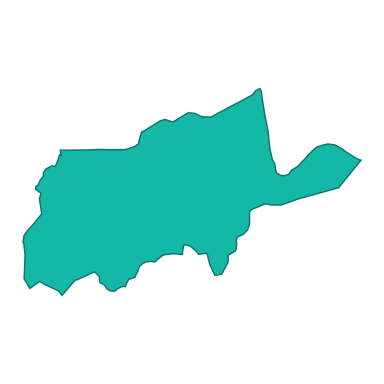 outline of Ijebu North, Ogun, Nigeria
{"feature_id": "59680162B7511527862302", "entity_name": "Ijebu North", "entity_type": "district", "adm_level": 2, "iso_a3": "NGA", "parent_name": "Nigeria", "parent_adm1": "Ogun", "projection": "natural_earth1", "projection_center": [4.04, 7.021], "detail": "fine", "context": "isolated", "style": "filled", "palette": "teal", "viewbox_px": 384, "rotation_deg": 0, "n_neighbors": 0, "source": "geoboundaries", "source_scale": "gbopen_adm2", "svg_char_len": 2112}
<svg xmlns="http://www.w3.org/2000/svg" viewBox="0 0 384 384"><path d="M213.0,116.0L211.1,117.1L208.3,117.0L201.8,116.8L195.2,113.5L188.3,112.7L177.3,119.4L172.8,122.0L169.1,120.9L164.9,119.4L161.0,120.7L160.2,120.9L148.9,127.9L148.7,128.0L144.1,131.0L141.6,132.0L140.0,137.4L139.2,139.9L138.5,143.8L134.5,146.6L131.3,147.7L126.1,149.5L114.4,149.7L112.8,149.7L97.8,149.5L88.5,150.0L60.2,150.2L61.2,155.6L59.5,154.9L57.8,161.0L57.2,162.1L55.2,166.6L52.1,165.8L46.1,168.9L44.8,170.6L43.4,172.8L43.4,176.1L40.4,179.8L38.0,185.1L36.2,186.1L35.4,189.1L40.9,193.2L39.5,198.9L40.0,202.9L41.8,213.7L36.1,220.8L31.6,226.2L28.6,229.3L24.0,235.7L23.0,242.6L23.8,243.3L25.1,255.1L24.1,278.8L29.8,288.4L39.7,281.4L45.5,284.8L58.7,291.0L62.0,295.4L75.2,280.0L77.3,279.7L84.8,276.3L87.0,275.2L93.3,272.4L94.9,272.0L99.1,276.3L99.9,282.5L104.6,285.0L107.2,289.2L110.2,290.8L114.5,291.2L118.6,288.1L121.5,286.7L125.3,286.5L126.8,282.9L128.6,279.4L134.7,277.4L137.8,271.1L139.5,266.4L143.3,263.1L145.9,261.9L150.7,261.3L155.0,261.9L156.9,260.0L162.1,255.8L163.8,254.8L172.9,253.7L182.4,254.4L182.6,251.5L183.7,245.4L185.7,244.5L190.2,246.1L196.5,251.5L198.6,254.2L207.0,253.3L209.9,264.7L214.8,275.2L217.2,275.1L221.9,273.9L228.1,262.1L228.2,255.2L235.4,251.0L236.2,248.5L236.7,243.1L236.3,240.0L237.3,237.0L243.2,234.4L247.2,230.3L248.9,226.6L249.6,222.6L249.5,211.9L251.8,209.4L265.3,203.8L271.3,205.0L281.1,205.0L298.4,198.8L338.6,187.7L361.0,160.2L359.8,159.9L356.1,158.3L345.0,151.2L342.7,149.3L335.0,145.0L334.7,145.0L334.6,144.9L331.6,144.5L328.9,144.1L327.2,144.1L324.5,144.8L322.2,145.3L320.1,146.1L317.8,146.5L315.7,148.0L313.7,149.6L310.6,152.7L308.6,154.6L307.2,156.2L305.5,158.1L303.8,160.1L301.4,162.4L299.0,165.2L297.3,166.7L294.0,168.7L291.6,170.2L288.9,174.3L285.8,175.3L283.8,175.7L281.4,175.6L280.0,175.0L278.4,174.1L276.7,172.9L275.4,169.0L275.4,168.9L275.1,167.0L275.0,164.6L272.2,159.0L269.8,148.4L268.0,131.0L264.9,115.3L262.3,99.4L262.0,97.1L261.2,90.9L259.8,88.6L255.8,90.6L252.7,94.7L242.8,100.1L229.1,107.3L218.0,113.2L213.3,115.9L213.0,116.0Z" fill="#14b8a6" stroke="#0f766e" stroke-width="1.5"/></svg>